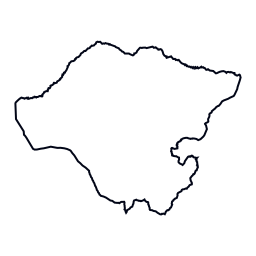 Iringa, Iringa, United Republic of Tanzania
{"feature_id": "72390352B92646008536074", "entity_name": "Iringa", "entity_type": "district", "adm_level": 2, "iso_a3": "TZA", "parent_name": "United Republic of Tanzania", "parent_adm1": "Iringa", "projection": "robinson", "projection_center": [35.361, -7.564], "detail": "fine", "context": "isolated", "style": "outline", "palette": "ink", "viewbox_px": 256, "rotation_deg": 0, "n_neighbors": 0, "source": "geoboundaries", "source_scale": "gbopen_adm2", "svg_char_len": 5727}
<svg xmlns="http://www.w3.org/2000/svg" viewBox="0 0 256 256"><path d="M115.2,46.4L109.9,44.5L109.5,44.6L109.5,44.1L108.8,44.2L108.1,43.7L106.8,43.6L105.4,43.1L104.4,43.7L103.3,43.4L102.2,43.8L100.2,41.8L98.8,42.0L97.4,41.7L96.2,42.4L95.9,43.6L94.6,44.6L94.0,45.4L92.4,45.8L91.8,45.6L91.2,46.3L90.5,46.7L89.7,48.0L88.4,48.5L87.9,48.4L85.5,51.0L84.5,50.9L83.8,51.3L83.1,52.2L80.9,53.6L80.4,55.0L78.5,57.0L76.9,57.4L76.0,58.1L75.9,58.8L75.1,59.0L74.7,60.3L73.2,61.1L71.9,61.2L71.1,61.5L70.0,62.8L69.3,63.1L69.0,64.6L68.5,65.5L67.5,66.2L67.8,67.0L66.4,70.2L65.1,72.0L65.0,72.5L64.3,72.4L63.9,72.7L63.8,73.7L63.2,74.8L62.5,74.5L62.1,75.9L62.2,76.8L61.8,77.4L60.2,78.7L60.0,79.0L60.3,79.2L60.3,79.4L58.6,80.7L57.3,81.3L56.7,82.7L54.6,83.3L54.2,82.8L53.9,82.8L53.6,83.4L53.5,84.1L52.3,85.1L51.0,85.4L50.4,85.9L50.6,86.6L49.8,88.2L49.5,88.3L48.6,88.1L48.4,88.9L47.8,89.4L47.9,90.7L47.7,91.2L46.5,91.1L45.1,91.6L44.6,92.2L44.1,92.2L43.6,93.4L42.5,94.4L42.4,94.8L42.5,95.9L42.2,96.4L41.7,96.4L41.4,95.8L41.1,96.1L40.6,96.0L40.3,96.2L39.6,96.0L37.8,97.0L36.4,97.0L36.1,97.4L35.7,97.0L34.4,96.7L33.8,97.5L33.0,97.4L32.1,98.2L31.0,98.0L28.8,98.8L28.2,97.8L27.5,98.4L27.3,97.7L27.0,97.6L24.4,98.7L23.8,98.1L23.1,98.2L21.6,97.6L21.0,97.8L20.5,98.4L19.9,98.5L17.6,100.6L15.7,102.5L15.4,103.5L16.0,119.1L23.7,131.3L24.0,134.8L25.0,135.7L26.4,137.7L33.0,148.8L34.6,149.6L37.0,149.5L40.8,148.7L43.8,148.3L50.8,146.7L57.4,147.9L60.5,147.8L64.3,148.3L67.1,149.0L70.1,150.3L70.8,150.9L72.3,153.1L74.3,155.4L78.0,161.3L80.3,163.2L82.5,165.5L85.6,167.6L89.1,170.8L89.1,172.1L89.6,173.2L89.8,174.4L90.5,175.3L91.0,177.0L91.9,178.0L92.4,179.9L93.1,180.7L93.3,181.6L94.3,183.2L95.2,186.0L95.6,186.3L96.6,188.9L96.8,189.9L97.6,190.8L98.2,192.5L98.9,193.0L99.5,194.6L100.0,194.8L100.8,195.8L103.5,196.5L106.0,197.6L110.4,200.5L112.4,200.9L114.6,202.6L117.2,202.9L118.4,202.8L119.3,203.2L120.8,202.1L121.3,201.9L124.2,201.8L124.5,202.6L124.3,204.4L124.7,206.0L124.6,206.7L124.9,208.1L124.5,209.5L125.3,210.1L125.6,211.7L126.1,212.8L126.6,212.1L127.1,210.2L129.7,208.7L130.5,207.5L132.3,206.6L133.0,204.3L133.4,203.8L133.7,201.4L134.1,200.5L136.3,199.7L137.1,200.3L137.8,200.3L139.0,200.9L139.9,200.7L140.5,201.1L141.2,201.1L143.1,200.4L144.5,199.5L145.0,200.6L146.5,201.9L147.8,202.0L148.2,202.4L148.3,204.6L148.8,205.1L149.0,206.3L149.7,208.0L149.6,209.1L150.1,210.0L152.5,210.3L153.3,210.9L155.7,211.3L157.6,212.8L160.2,214.3L161.5,214.3L161.9,213.8L162.7,213.9L163.4,213.6L164.0,213.7L164.8,214.2L165.5,212.8L165.8,211.7L167.3,210.2L168.1,210.3L168.4,209.9L169.3,209.6L170.1,208.0L171.0,207.5L172.2,204.5L171.7,203.8L172.1,201.5L173.3,200.6L173.6,199.7L174.5,199.3L174.9,198.7L176.8,197.9L177.6,195.3L177.4,194.1L178.1,192.9L181.4,191.2L181.8,189.9L182.6,189.4L184.2,189.2L185.7,188.5L186.8,188.7L187.4,187.6L188.7,186.6L189.4,185.4L189.9,185.0L191.8,184.4L191.9,183.6L191.7,183.1L191.8,182.8L190.6,180.3L190.3,178.1L191.9,176.0L192.6,175.5L193.4,174.1L194.0,174.2L194.6,173.6L195.7,170.6L196.7,170.3L197.3,168.2L197.8,167.6L197.9,166.9L197.5,166.2L197.6,165.8L197.4,165.7L197.5,165.3L197.0,165.0L197.4,164.1L197.1,162.6L197.2,162.1L196.6,161.5L196.6,160.2L196.3,160.2L196.3,159.6L195.9,159.3L197.1,157.8L195.9,158.0L195.5,157.6L194.7,157.6L193.6,157.3L193.2,156.5L192.1,155.7L191.9,155.7L191.7,156.2L191.2,155.9L190.2,156.7L189.8,156.3L189.0,156.7L188.6,156.5L188.0,156.8L184.9,161.2L184.3,163.2L182.6,165.0L181.8,164.4L179.8,163.5L178.6,162.3L178.5,161.0L179.1,159.6L179.0,157.6L178.0,157.3L176.2,156.2L175.6,156.3L173.7,156.0L173.0,155.4L172.3,155.6L172.1,155.4L172.0,154.7L172.2,154.2L172.1,153.6L171.6,152.9L171.7,151.9L171.1,151.4L171.5,149.2L171.3,148.5L171.7,148.0L172.1,147.9L174.4,148.9L177.4,148.4L177.5,147.9L177.2,147.3L177.5,146.4L177.1,145.5L176.7,145.5L176.6,145.0L177.0,144.0L177.3,143.9L177.1,143.6L177.3,143.0L178.3,142.2L178.4,141.9L179.8,141.5L181.0,139.8L181.3,140.1L181.8,139.2L182.5,138.7L183.9,138.2L186.0,137.8L187.6,137.9L188.0,138.2L190.6,138.9L191.0,138.6L192.3,138.7L192.7,138.4L194.7,138.6L196.5,139.0L198.2,140.1L200.5,139.2L203.3,136.6L204.3,135.3L206.9,129.1L206.0,125.3L205.1,124.2L205.0,123.8L205.7,123.1L207.7,122.2L208.3,121.6L208.1,119.1L209.3,116.7L209.5,115.1L209.3,114.5L209.7,113.6L211.4,112.6L211.7,112.1L211.8,111.2L215.4,108.2L216.0,107.3L217.7,106.1L218.7,105.9L220.3,104.1L222.1,101.4L223.9,100.4L228.1,98.8L230.0,97.7L233.7,96.0L234.6,94.6L237.2,89.1L237.6,87.0L239.9,80.1L240.6,77.4L240.4,76.9L240.2,75.9L239.7,74.8L239.3,74.6L237.2,75.6L236.3,75.4L235.5,74.6L234.9,74.6L234.4,74.1L234.4,73.0L233.4,73.0L230.8,72.0L230.3,72.4L229.5,72.3L228.8,71.9L227.3,72.0L226.4,72.9L225.5,71.9L223.5,71.1L221.7,71.3L219.5,71.9L216.7,73.2L215.8,73.3L213.3,71.0L209.7,70.5L208.0,69.2L207.0,69.8L206.2,69.8L204.6,67.9L203.6,67.8L203.1,67.2L201.9,67.5L201.3,66.7L199.6,67.9L198.7,67.9L198.3,68.3L197.9,68.0L197.4,68.0L197.7,67.4L197.5,67.2L196.9,68.0L196.4,67.7L196.0,68.1L195.7,67.6L195.1,68.1L195.0,67.2L194.2,67.6L193.6,67.3L193.2,67.9L192.9,67.2L192.3,67.7L191.9,67.3L191.4,67.4L191.0,66.9L190.5,67.3L189.4,66.5L188.4,66.7L187.5,66.0L186.8,66.1L186.6,65.2L185.9,65.2L185.5,64.4L185.3,64.4L184.8,65.0L184.0,64.1L182.3,63.6L180.8,62.5L178.7,59.9L177.8,60.3L176.6,59.7L175.8,60.0L175.0,58.9L173.2,59.0L171.9,57.3L171.2,57.0L171.0,56.4L166.6,57.8L166.2,57.0L166.5,56.4L164.6,55.8L163.4,54.2L162.5,51.2L161.4,49.5L160.2,49.1L159.0,49.7L158.3,49.7L157.6,48.6L156.5,48.3L156.1,47.6L155.6,47.3L153.9,47.8L152.7,46.7L152.3,46.7L146.6,48.1L145.3,47.6L142.7,47.7L141.9,48.0L140.8,47.7L139.9,47.8L137.1,51.0L136.5,52.5L135.0,53.5L134.3,53.4L133.9,54.7L132.9,55.4L130.2,54.3L128.9,53.5L124.8,53.5L123.3,51.9L122.0,51.5L121.3,50.6L119.6,49.5L118.8,48.3L115.8,47.1L115.2,46.4Z" fill="none" stroke="#020617" stroke-width="2"/></svg>